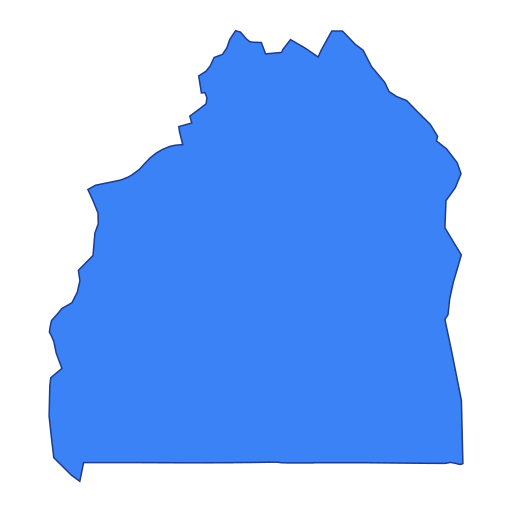 the district of Shagamu, Ogun, Nigeria
{"feature_id": "59680162B49213136576829", "entity_name": "Shagamu", "entity_type": "district", "adm_level": 2, "iso_a3": "NGA", "parent_name": "Nigeria", "parent_adm1": "Ogun", "projection": "natural_earth1", "projection_center": [3.559, 6.792], "detail": "fine", "context": "isolated", "style": "filled", "palette": "blue", "viewbox_px": 512, "rotation_deg": 0, "n_neighbors": 0, "source": "geoboundaries", "source_scale": "gbopen_adm2", "svg_char_len": 1606}
<svg xmlns="http://www.w3.org/2000/svg" viewBox="0 0 512 512"><path d="M290.5,39.6L282.9,49.4L281.6,52.4L265.6,53.9L261.3,42.5L252.9,42.2L249.9,41.7L246.4,39.0L240.5,32.1L235.6,30.7L233.0,34.5L229.9,39.2L226.8,47.9L222.5,54.4L214.1,57.5L210.2,66.0L206.0,71.2L198.7,75.9L201.4,93.0L204.9,92.6L206.9,97.6L206.1,103.8L197.5,110.4L189.8,116.1L191.8,123.0L178.8,126.6L179.5,131.6L182.7,144.6L175.5,145.2L169.8,146.4L162.4,149.5L156.3,153.0L150.0,158.0L144.2,164.1L139.3,169.5L131.7,175.1L127.9,177.2L120.4,180.1L95.6,185.2L87.9,189.5L89.8,193.6L93.2,201.1L98.0,213.0L98.2,224.0L94.9,233.1L93.0,255.5L78.4,270.3L79.9,280.8L77.3,292.2L71.9,302.8L62.0,308.4L58.0,313.3L51.5,320.6L50.2,326.4L49.4,332.2L51.3,335.6L53.9,341.8L56.2,353.1L61.9,368.4L50.8,377.7L49.8,385.5L49.1,416.2L51.1,434.9L53.8,457.7L71.4,475.2L79.8,481.3L83.6,462.6L119.5,462.6L133.1,462.6L138.5,462.6L162.1,462.7L186.4,462.8L196.0,462.8L233.2,462.7L233.5,462.6L234.7,462.6L250.7,462.5L257.6,462.4L271.7,462.2L276.6,462.2L278.6,462.3L279.1,462.5L280.1,462.6L281.3,462.7L284.8,462.8L287.2,462.9L313.6,462.9L313.7,462.7L341.3,462.7L363.9,462.7L427.7,463.3L445.1,463.4L450.6,462.4L454.9,463.2L459.6,464.4L460.9,464.4L462.9,463.6L461.4,400.5L451.6,351.2L444.9,319.4L448.0,314.7L449.7,298.9L453.4,281.9L457.3,268.8L461.3,255.0L444.9,227.8L446.0,200.6L455.3,187.7L461.0,173.7L457.2,162.8L446.5,148.8L436.4,140.9L437.6,136.3L430.2,124.3L417.1,111.4L406.7,100.6L396.5,96.5L389.0,91.5L384.6,82.2L371.5,66.6L363.1,50.2L355.3,44.4L342.4,31.0L331.8,31.0L321.0,50.6L318.1,57.0L305.3,48.2L290.5,39.6Z" fill="#3b82f6" stroke="#1e3a8a" stroke-width="1.5"/></svg>